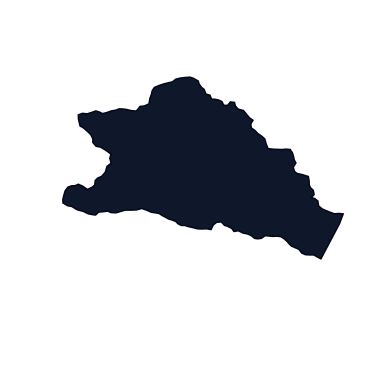 São José de Ubá, Rio de Janeiro, Brazil, rotated 56°
{"feature_id": "56859067B33717371595931", "entity_name": "São José de Ubá", "entity_type": "district", "adm_level": 2, "iso_a3": "BRA", "parent_name": "Brazil", "parent_adm1": "Rio de Janeiro", "projection": "mercator", "projection_center": [-41.953, -21.389], "detail": "fine", "context": "isolated", "style": "filled", "palette": "ink", "viewbox_px": 384, "rotation_deg": 56, "n_neighbors": 0, "source": "geoboundaries", "source_scale": "gbopen_adm2", "svg_char_len": 2358}
<svg xmlns="http://www.w3.org/2000/svg" viewBox="0 0 384 384"><g transform="rotate(56 192 192)"><path d="M319.5,122.5L300.8,87.5L294.7,78.9L292.0,82.1L289.7,86.1L285.9,88.9L282.1,91.5L278.6,93.6L274.3,94.8L269.8,92.7L266.0,93.9L263.4,96.2L262.4,92.2L258.4,90.5L255.1,91.3L251.9,91.0L248.5,88.8L244.2,86.9L239.4,90.7L235.2,94.7L232.1,95.5L228.1,94.2L226.0,89.6L222.5,89.3L219.4,88.0L216.0,86.9L211.7,86.8L209.0,90.1L207.2,93.5L205.0,96.5L202.3,100.3L198.5,104.7L193.5,103.6L188.7,102.0L185.0,102.9L180.4,104.7L176.3,105.4L171.9,107.0L168.4,105.1L166.6,101.3L162.7,102.9L158.0,103.3L153.2,103.8L149.1,107.4L144.9,107.9L141.5,106.7L138.8,109.8L140.1,114.1L137.8,117.2L133.8,116.6L130.5,118.6L128.2,120.9L125.9,123.8L121.8,123.0L118.5,125.7L113.8,124.6L110.3,125.6L106.5,125.7L103.4,124.8L98.4,127.3L95.7,129.4L93.6,133.0L91.1,137.8L89.4,142.4L89.8,146.5L88.3,150.4L86.7,154.7L85.4,159.3L84.3,164.7L85.8,168.4L88.3,171.0L91.1,174.8L94.9,178.4L94.0,183.5L92.0,187.2L93.8,192.9L90.5,196.9L86.7,200.4L84.1,203.4L82.3,206.0L81.5,209.5L79.7,213.4L78.5,218.2L77.0,222.3L73.9,224.1L71.0,226.4L70.1,230.1L68.6,235.2L65.6,238.7L64.5,243.1L67.7,245.2L71.6,246.7L74.7,247.9L77.7,246.3L82.8,244.9L87.8,243.8L92.6,244.5L95.4,246.5L100.4,246.0L103.7,242.7L107.7,240.8L111.8,239.2L115.3,238.0L118.1,241.3L122.9,242.9L123.2,248.1L127.1,252.8L128.5,258.2L127.7,262.5L128.4,265.9L131.8,268.6L132.2,272.0L131.4,277.3L126.0,279.4L122.0,281.9L121.4,285.4L119.5,288.5L118.6,292.2L120.1,296.5L122.9,299.9L125.8,303.1L128.9,305.1L133.8,302.8L136.9,299.7L142.4,297.2L147.4,292.9L152.2,290.1L154.9,287.4L157.2,284.8L156.4,280.7L158.7,276.6L160.8,272.5L163.7,270.7L166.8,266.6L168.2,262.2L169.6,257.6L172.9,252.7L175.9,247.9L177.5,242.9L181.5,239.9L186.0,237.1L188.6,234.2L191.5,231.2L194.6,230.0L197.5,228.4L201.1,226.6L203.9,224.3L207.4,221.9L210.5,221.4L213.7,219.6L215.8,216.6L218.5,214.5L221.8,211.4L225.8,207.8L228.1,204.6L230.7,200.4L233.8,197.2L231.2,192.7L230.9,188.5L233.2,184.4L237.8,183.7L240.3,181.7L244.5,179.4L248.2,179.3L250.0,175.3L254.6,172.6L258.0,169.3L261.2,167.3L265.3,166.1L267.5,163.8L269.2,160.4L269.1,155.8L271.3,153.1L274.0,149.8L276.0,146.4L278.8,143.2L282.6,141.7L285.7,140.9L289.0,140.5L292.2,139.9L295.9,137.6L299.1,135.5L304.1,135.1L307.4,133.0L309.7,130.0L312.1,126.4L316.2,124.3L319.5,122.5Z" fill="#0f172a" stroke="#020617" stroke-width="1.5"/></g></svg>